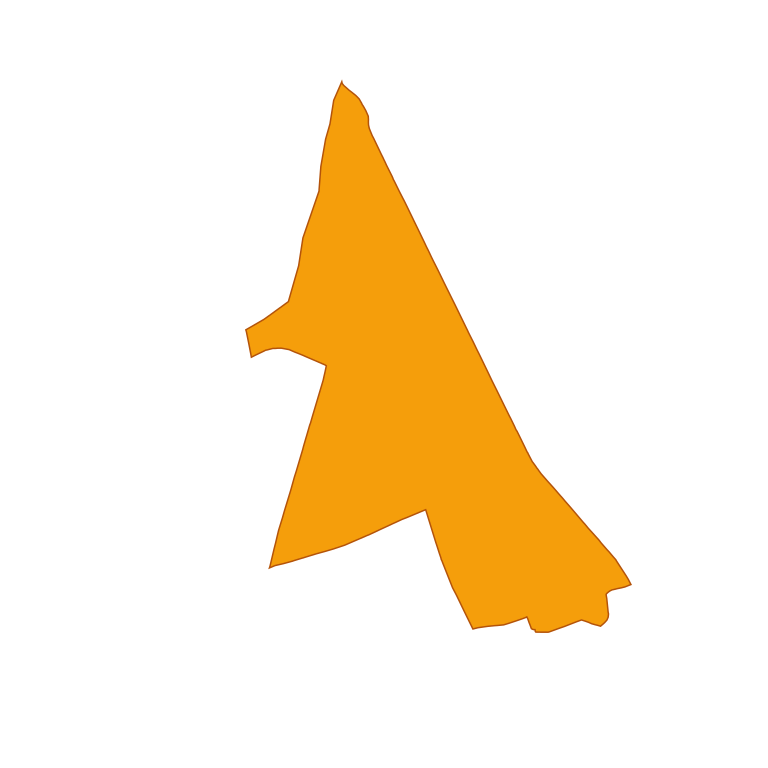 the district of Al Wehdah, Amanat Al Asimah, Yemen, rotated 71°
{"feature_id": "15242507B40413338286185", "entity_name": "Al Wehdah", "entity_type": "district", "adm_level": 2, "iso_a3": "YEM", "parent_name": "Yemen", "parent_adm1": "Amanat Al Asimah", "projection": "albers", "projection_center": [44.192, 15.335], "detail": "fine", "context": "isolated", "style": "filled", "palette": "amber", "viewbox_px": 768, "rotation_deg": 71, "n_neighbors": 0, "source": "geoboundaries", "source_scale": "gbopen_adm2", "svg_char_len": 3247}
<svg xmlns="http://www.w3.org/2000/svg" viewBox="0 0 768 768"><g transform="rotate(71 384 384)"><path d="M601.7,231.5L586.7,237.9L581.6,239.8L579.8,240.6L564.7,246.5L562.9,247.2L559.9,248.4L553.8,250.9L550.1,252.3L546.8,253.7L536.8,257.7L530.3,260.5L527.4,261.7L524.4,262.9L520.0,264.7L516.1,265.9L514.6,266.3L513.0,266.9L511.7,267.2L507.4,268.5L505.7,269.1L497.1,270.4L495.7,270.5L495.0,270.8L489.5,271.4L477.4,272.9L472.0,273.6L470.1,274.1L466.3,274.4L457.4,275.5L454.9,275.9L442.2,277.5L427.7,279.3L416.3,280.8L407.5,281.8L386.6,284.3L382.3,284.9L374.5,285.8L371.3,286.2L370.7,286.3L362.6,287.4L360.4,287.6L358.1,287.9L338.4,290.3L331.1,291.2L314.2,293.4L308.0,294.2L304.6,294.6L293.2,296.0L283.7,297.3L279.8,297.8L272.4,298.6L268.1,299.2L267.2,299.3L264.3,299.6L250.7,301.2L238.5,302.7L237.5,302.8L221.8,304.7L217.1,305.3L213.9,305.8L208.3,306.6L206.9,306.8L202.2,307.4L195.1,308.3L193.6,308.6L191.9,308.6L189.9,308.8L178.0,310.4L173.8,310.8L171.6,311.1L170.3,311.2L165.8,311.8L148.4,313.8L145.3,314.3L140.1,314.6L137.8,314.7L136.5,314.6L134.0,314.3L131.3,313.5L128.9,312.6L125.7,311.7L119.7,312.2L114.6,313.1L112.5,313.7L111.5,313.7L106.3,314.7L101.9,316.8L94.3,321.7L91.0,323.5L89.3,324.5L88.5,324.9L86.2,325.7L84.5,325.5L99.4,339.2L120.5,350.4L133.5,359.5L157.6,372.8L179.1,382.1L180.4,382.6L219.5,413.1L244.4,426.2L275.0,447.6L282.8,473.1L283.8,476.5L287.8,497.0L289.8,497.1L302.6,498.8L311.7,500.1L315.5,500.7L314.9,496.4L313.7,486.0L313.5,485.2L313.8,482.8L313.9,481.0L314.1,478.6L314.2,477.5L315.1,474.8L315.5,473.0L316.7,469.4L320.6,462.5L325.1,457.6L326.9,455.4L330.5,451.3L332.2,449.5L338.2,442.9L346.8,433.5L348.0,432.6L353.2,435.7L357.7,438.5L360.5,440.2L362.9,441.9L391.4,462.3L397.1,466.3L398.5,467.5L408.3,474.4L409.1,475.0L416.9,480.5L419.5,482.2L438.1,495.5L442.8,499.0L453.1,506.1L455.5,507.8L471.2,519.2L475.2,522.0L477.5,523.6L487.9,531.2L492.9,534.4L499.4,538.5L503.8,541.4L519.3,551.2L520.6,552.2L520.2,546.2L521.1,537.5L521.2,536.0L521.7,528.4L521.7,526.0L522.0,517.9L522.1,517.0L522.1,515.3L522.5,503.6L523.1,494.1L523.5,485.2L523.5,484.4L523.5,483.5L523.6,473.5L522.9,464.6L521.7,448.9L521.7,447.7L520.3,434.7L520.0,431.8L518.9,421.2L518.6,417.9L517.9,411.3L517.7,405.8L516.8,392.0L516.4,385.5L550.8,386.6L552.7,386.6L562.8,386.8L566.8,386.8L568.5,387.0L569.9,386.8L573.0,386.7L588.3,386.0L599.0,385.5L602.3,385.0L604.2,384.7L607.6,384.2L624.5,382.2L629.4,381.6L644.6,379.7L645.0,374.6L646.9,364.8L648.2,359.4L648.4,358.5L649.2,355.5L650.7,349.3L650.9,344.0L651.0,335.6L651.0,331.4L651.0,330.0L651.0,329.1L650.9,326.1L650.7,324.8L652.9,324.5L656.9,324.5L658.3,324.4L663.3,324.3L664.2,323.5L665.0,322.4L665.4,321.2L666.3,321.3L667.0,321.5L667.9,321.3L668.4,320.2L671.9,310.2L672.2,309.0L672.0,297.5L672.0,292.4L671.9,290.0L671.5,279.6L671.4,274.1L673.4,271.4L676.0,268.1L678.2,265.8L680.5,262.5L681.5,260.9L683.5,258.1L682.2,254.8L681.4,253.0L679.8,250.1L677.5,248.0L675.0,246.8L674.1,246.5L672.9,246.4L659.3,243.2L655.5,242.6L654.8,242.0L654.0,240.2L653.3,238.2L652.9,235.6L653.3,231.9L653.4,230.3L654.0,225.8L654.3,222.4L654.0,215.8L651.3,216.2L648.4,216.6L644.2,217.5L627.0,221.8L625.7,222.0L621.6,223.7L616.1,225.8L613.2,227.1L604.8,230.5L601.7,231.5Z" fill="#f59e0b" stroke="#b45309" stroke-width="1.5"/></g></svg>